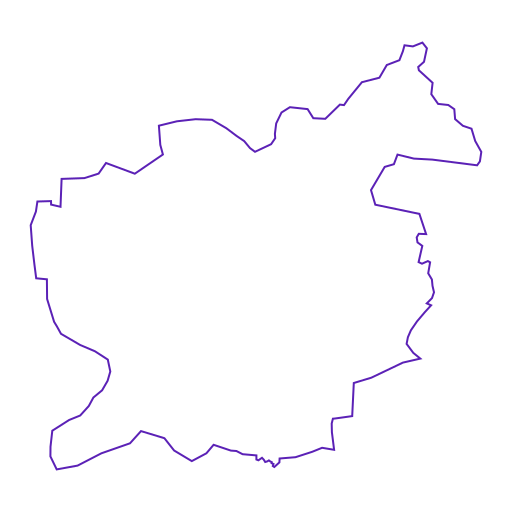 outline of Ewekoro, Ogun, Nigeria
{"feature_id": "59680162B67809263123643", "entity_name": "Ewekoro", "entity_type": "district", "adm_level": 2, "iso_a3": "NGA", "parent_name": "Nigeria", "parent_adm1": "Ogun", "projection": "mercator", "projection_center": [3.208, 6.974], "detail": "fine", "context": "isolated", "style": "outline", "palette": "violet", "viewbox_px": 512, "rotation_deg": 0, "n_neighbors": 0, "source": "geoboundaries", "source_scale": "gbopen_adm2", "svg_char_len": 1931}
<svg xmlns="http://www.w3.org/2000/svg" viewBox="0 0 512 512"><path d="M158.9,125.7L160.3,144.9L162.9,154.5L134.8,173.7L106.0,163.0L98.6,173.6L84.4,178.1L61.6,178.9L60.5,206.8L51.1,204.6L51.0,201.1L37.4,201.5L35.9,211.6L30.7,225.2L32.2,245.7L34.4,264.3L36.2,278.3L46.9,279.3L47.1,299.0L54.1,321.8L56.9,326.4L61.0,333.8L80.2,345.0L95.0,351.3L107.8,359.6L110.3,371.5L107.6,380.8L102.1,390.3L93.4,397.5L88.8,406.0L80.2,415.5L69.1,420.0L52.3,430.7L50.5,446.7L50.4,456.4L56.7,469.4L77.6,465.6L101.4,453.3L130.0,443.3L141.0,431.1L164.4,438.2L174.1,450.5L191.8,461.1L206.4,453.3L213.6,444.8L230.9,450.6L236.4,451.0L242.6,454.2L256.4,455.4L256.4,459.5L258.4,460.3L262.0,457.8L263.8,459.7L265.2,462.0L267.2,461.4L268.9,460.4L270.0,461.3L271.8,462.2L271.6,463.2L273.5,464.0L272.8,466.0L274.3,467.0L279.4,462.4L279.6,458.5L295.5,457.2L312.2,451.8L322.1,447.8L334.1,449.8L331.9,432.2L331.7,423.5L332.9,418.7L335.0,418.5L343.0,417.4L352.2,416.1L353.8,383.0L371.3,377.7L402.9,362.6L420.3,358.6L413.3,352.9L406.6,343.9L407.9,337.2L410.9,330.3L417.0,321.4L424.8,312.2L431.1,305.3L426.8,303.4L432.0,298.1L434.0,292.3L432.5,285.8L431.9,279.5L428.2,273.3L430.1,262.3L427.8,261.1L422.0,263.7L418.6,262.1L422.3,245.9L417.5,242.4L416.7,237.4L418.8,233.8L426.1,234.1L419.4,213.9L375.3,204.7L371.0,190.1L384.7,166.9L393.9,164.2L397.5,154.6L413.9,158.6L432.3,159.6L477.1,165.3L479.9,161.4L481.3,151.9L475.2,141.0L471.5,128.7L462.9,125.8L455.1,119.1L454.3,109.2L448.3,105.0L438.1,103.9L431.3,94.2L432.6,82.8L418.9,70.3L418.2,67.0L424.0,61.8L426.9,48.3L422.4,42.6L412.9,46.4L404.5,45.3L404.2,46.4L402.9,51.2L399.4,60.2L386.8,65.0L379.4,77.7L361.9,82.2L348.3,98.8L344.0,105.1L339.9,104.6L325.3,118.8L313.3,118.2L307.6,109.1L289.9,107.2L281.5,112.5L276.2,123.4L274.9,133.9L275.2,138.2L271.1,144.2L255.0,151.8L250.0,148.1L244.2,141.1L236.4,135.8L226.3,128.2L212.0,119.8L195.6,119.2L176.9,121.3L158.9,125.7Z" fill="none" stroke="#5b21b6" stroke-width="2"/></svg>